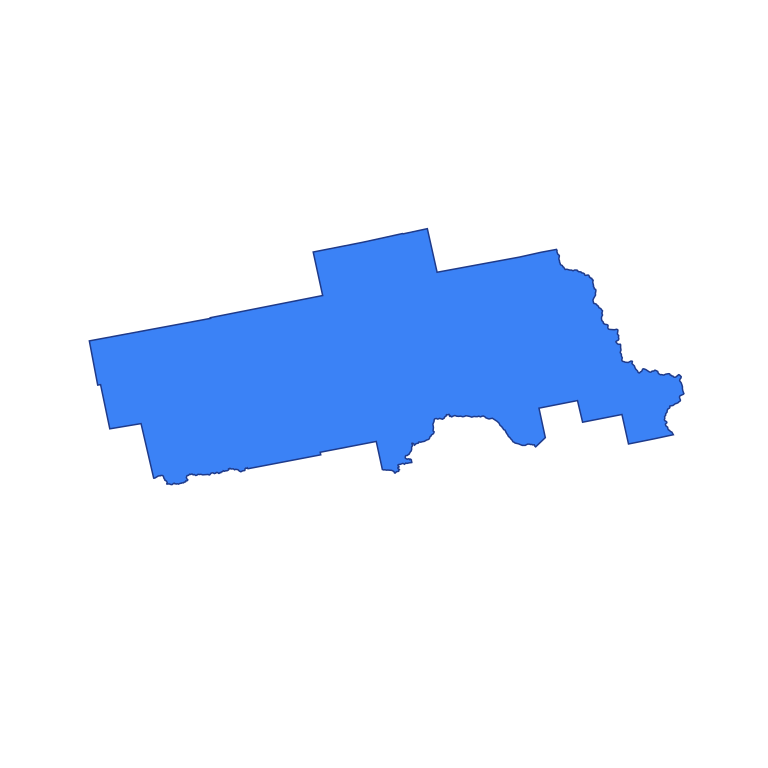 25 de Mayo, Buenos Aires, Argentina (Robinson projection), rotated 35°
{"feature_id": "61730980B17361655515044", "entity_name": "25 de Mayo", "entity_type": "district", "adm_level": 2, "iso_a3": "ARG", "parent_name": "Argentina", "parent_adm1": "Buenos Aires", "projection": "robinson", "projection_center": [-59.976, -35.554], "detail": "fine", "context": "isolated", "style": "filled", "palette": "blue", "viewbox_px": 768, "rotation_deg": 35, "n_neighbors": 0, "source": "geoboundaries", "source_scale": "gbopen_adm2", "svg_char_len": 6170}
<svg xmlns="http://www.w3.org/2000/svg" viewBox="0 0 768 768"><g transform="rotate(35 384 384)"><path d="M544.3,348.5L546.9,335.4L524.8,314.9L552.0,286.6L568.6,301.4L596.4,272.5L618.7,292.9L636.9,273.8L650.1,259.6L647.4,258.3L645.8,258.6L644.6,258.2L643.3,258.4L642.4,258.0L641.1,256.7L638.9,256.6L637.8,255.8L637.5,255.3L637.9,253.5L637.5,253.0L636.9,252.8L634.9,252.9L634.5,252.7L634.1,252.4L633.7,251.0L632.6,249.9L632.6,247.8L631.9,247.1L631.8,246.6L632.0,244.6L631.3,243.6L630.9,242.1L631.0,241.4L631.7,240.0L631.5,239.0L630.8,238.4L630.8,238.0L633.0,235.9L634.0,232.9L634.8,232.1L635.7,230.5L635.7,229.7L636.3,228.4L636.3,227.6L636.0,227.1L634.0,225.8L633.3,224.7L633.3,223.8L635.1,220.7L635.2,219.9L632.7,218.2L631.0,216.5L630.1,215.1L628.5,213.8L626.6,212.5L624.6,211.9L624.1,211.5L623.7,210.2L623.8,208.6L623.2,207.5L620.8,207.1L620.0,207.4L619.0,211.1L618.0,211.9L617.0,212.1L616.2,211.8L615.1,212.3L614.4,212.1L613.3,212.5L612.6,212.0L612.0,211.9L611.1,212.4L609.0,214.5L608.1,216.2L605.8,217.2L605.0,217.9L603.1,218.0L602.4,217.8L601.0,216.7L598.4,217.1L597.9,217.4L597.5,218.7L596.2,219.7L595.9,221.0L595.4,221.6L594.4,221.9L590.1,222.0L588.0,222.6L587.3,223.5L587.7,225.1L587.7,226.0L587.1,227.0L587.0,228.3L586.2,228.7L585.4,228.7L584.2,227.9L581.6,227.4L580.1,226.6L578.8,225.6L575.8,225.1L575.3,224.9L574.6,223.1L574.2,223.0L573.1,223.6L571.7,226.3L569.1,227.8L567.9,228.0L566.6,228.5L565.5,228.4L564.9,227.7L564.1,225.8L562.5,225.0L561.3,223.4L559.6,222.9L559.0,221.6L558.7,220.3L556.8,218.3L555.4,216.2L554.7,215.9L553.5,216.9L552.2,217.2L550.0,216.6L549.7,216.3L549.7,215.8L550.8,213.5L550.6,212.6L550.0,211.8L549.4,211.5L548.4,209.6L546.9,209.4L546.4,209.0L544.9,206.0L544.3,205.5L543.2,205.7L541.6,207.4L537.6,209.8L536.6,210.2L535.9,210.1L534.8,209.3L534.2,207.8L533.4,207.3L532.4,207.5L530.9,208.3L529.0,208.5L528.3,207.6L525.9,207.0L524.3,205.3L523.6,203.8L523.6,202.5L523.2,201.9L522.6,201.7L522.3,201.2L521.7,201.0L521.5,199.7L520.9,198.6L519.8,198.5L519.1,198.1L518.1,197.9L516.2,198.2L515.0,197.3L513.2,197.2L512.2,196.8L510.2,197.3L509.7,197.6L509.2,197.4L507.0,195.4L506.6,193.5L506.3,189.9L504.8,188.0L504.8,187.5L503.9,185.8L503.1,185.1L501.7,185.4L500.7,184.4L499.6,184.0L499.1,183.1L496.6,180.9L495.8,179.0L495.4,179.0L495.0,179.2L494.5,178.7L494.0,178.7L493.4,178.3L492.6,178.7L491.0,178.6L490.7,178.1L489.1,177.5L488.0,178.2L486.9,179.4L486.2,179.6L485.6,179.4L485.0,178.8L483.9,178.8L481.9,179.6L481.1,179.2L478.9,180.4L478.2,180.2L477.5,180.4L477.1,180.0L476.7,180.0L474.8,181.3L473.9,182.8L472.1,183.2L470.9,184.1L468.0,185.1L466.7,186.3L464.0,185.2L463.4,185.4L462.1,184.7L460.7,185.0L459.6,184.7L459.1,184.1L457.9,183.5L457.3,182.6L455.5,181.3L454.2,178.5L453.7,178.1L451.8,177.9L449.8,176.5L449.2,175.4L448.1,174.8L437.1,186.0L422.2,202.3L363.4,262.0L330.4,231.9L313.5,250.1L312.9,250.1L285.0,280.4L250.3,316.5L283.0,346.7L203.7,429.3L204.3,429.7L117.9,517.7L150.1,549.1L152.2,547.1L185.1,578.0L207.7,555.8L249.3,593.2L250.2,592.6L251.8,589.0L252.3,588.3L253.4,587.6L253.7,586.8L255.1,586.0L256.1,586.1L258.2,587.7L259.1,587.8L259.7,588.5L261.5,588.3L262.6,588.9L263.2,589.4L263.2,590.2L263.6,590.5L265.5,588.9L266.5,588.8L267.8,588.2L268.4,587.5L268.5,586.3L269.3,585.5L270.1,585.7L270.7,585.1L271.2,585.1L272.0,584.2L273.1,583.9L273.8,582.6L275.0,581.4L275.1,581.0L276.5,579.9L276.5,579.3L277.5,578.0L277.2,577.2L277.9,576.6L278.4,575.7L278.2,575.0L277.2,574.9L275.8,574.1L275.2,572.3L275.3,571.9L276.2,571.0L276.6,569.3L277.4,569.1L277.9,568.3L278.6,567.8L279.8,567.9L280.4,567.0L282.3,566.9L283.1,565.9L283.2,565.2L283.5,564.6L284.6,564.1L285.8,563.0L287.6,562.4L291.5,559.2L292.1,558.9L293.0,558.8L293.4,558.1L293.5,556.3L294.4,555.2L294.8,554.9L296.4,554.7L297.4,553.4L297.3,552.8L297.6,552.4L298.6,551.9L299.7,552.1L300.2,551.8L300.5,550.6L301.2,550.3L301.2,549.3L302.0,548.4L302.3,547.6L302.1,547.2L303.5,546.9L304.1,545.8L305.1,545.2L305.7,544.2L306.0,543.0L305.4,542.6L306.2,541.4L307.4,541.4L309.3,539.9L310.8,540.0L311.5,538.9L313.5,538.0L315.5,538.3L317.1,538.0L318.0,536.2L319.5,534.8L319.5,534.3L318.8,533.2L318.9,532.3L320.1,531.7L320.1,531.1L321.2,531.4L372.8,478.3L370.9,476.5L410.6,435.5L431.7,455.0L433.2,454.5L433.7,453.9L435.7,453.0L436.3,452.4L439.9,450.3L442.3,450.0L443.6,450.8L444.2,450.6L444.6,448.6L446.0,447.2L446.0,446.8L445.4,446.0L445.8,445.3L445.5,445.1L444.2,445.3L443.7,445.1L443.4,444.8L443.9,443.3L443.3,442.9L442.4,443.0L442.0,442.5L441.9,442.1L442.2,441.5L443.5,440.4L444.8,438.4L445.3,438.1L446.8,438.0L447.2,436.3L448.3,435.9L449.9,434.1L451.8,432.4L451.7,432.1L450.6,431.3L450.0,430.5L449.1,430.3L448.7,430.4L448.4,431.2L447.8,430.9L447.1,431.2L446.5,431.7L446.4,432.2L445.9,432.4L444.2,432.5L443.7,432.3L442.9,430.8L443.0,430.0L443.9,429.4L444.2,428.9L444.4,427.7L444.8,427.3L444.5,424.4L444.7,423.3L444.2,421.8L442.7,419.7L442.8,419.0L442.7,418.1L441.0,416.8L440.9,416.5L441.6,416.0L443.0,416.0L443.5,416.5L444.1,416.6L444.5,414.5L446.1,412.6L445.8,411.8L445.9,411.4L447.5,410.6L448.4,409.4L449.9,407.9L450.7,406.3L450.8,405.8L452.3,403.8L452.5,402.7L452.1,401.5L452.0,400.4L452.4,399.5L452.1,398.5L453.0,396.3L452.6,394.6L452.3,394.3L451.4,394.4L451.0,394.1L449.4,391.2L447.1,388.9L446.5,386.1L445.5,384.2L445.6,383.4L446.5,382.3L448.0,382.0L448.5,381.5L449.2,380.3L452.1,379.3L452.9,377.4L452.6,376.3L453.3,374.3L452.8,373.6L452.9,373.1L454.0,372.6L454.6,371.6L455.5,371.9L456.1,372.7L456.6,372.7L456.8,372.0L458.1,372.2L458.4,372.0L459.1,370.5L460.1,369.2L460.9,368.9L461.8,368.8L463.6,367.8L465.2,366.4L467.4,365.6L468.8,364.0L469.1,363.2L469.7,362.8L472.8,361.4L474.9,360.8L476.4,358.9L478.1,358.0L479.3,357.1L480.1,356.0L481.9,355.6L482.8,354.1L483.8,353.2L485.6,353.0L486.7,353.3L489.6,352.6L490.4,352.1L491.3,351.0L492.5,349.9L498.1,349.7L500.7,350.1L502.8,351.3L504.9,351.4L506.2,352.0L506.8,352.0L508.1,352.7L509.8,352.4L511.3,353.5L511.8,353.4L512.9,354.3L514.3,354.5L515.3,355.3L517.0,355.7L517.7,355.6L519.2,356.2L521.3,356.6L522.6,357.3L523.1,357.3L523.8,357.1L525.2,357.2L528.4,355.9L532.4,355.0L534.9,353.3L536.0,351.0L537.7,349.8L538.6,349.6L539.8,348.7L540.7,348.6L542.0,347.6L543.2,348.4L544.3,348.5Z" fill="#3b82f6" stroke="#1e3a8a" stroke-width="1.5"/></g></svg>